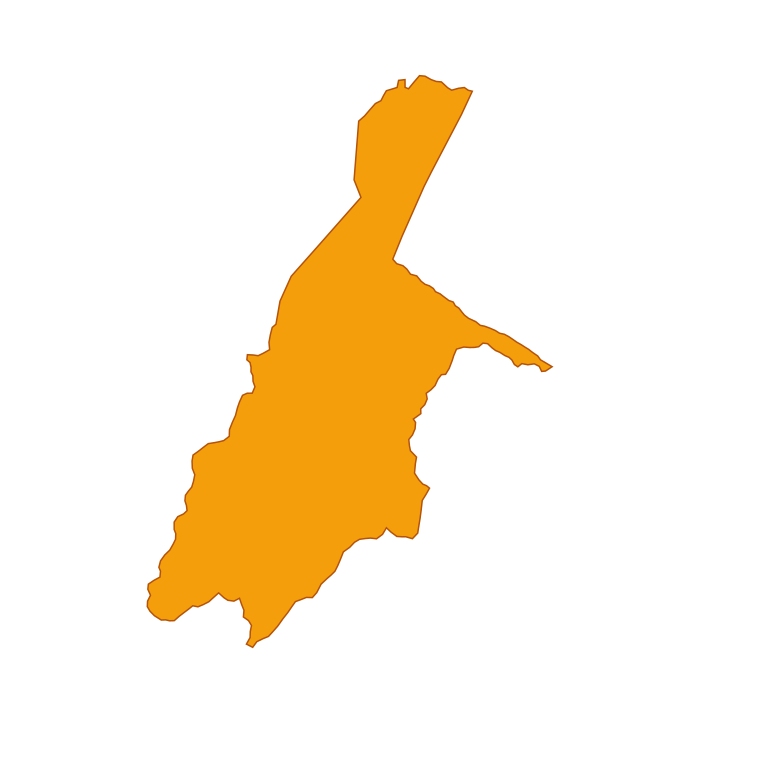 the district of São João do Rio do Peixe, Paraíba, Brazil, rotated 203°
{"feature_id": "56859067B54672156861025", "entity_name": "São João do Rio do Peixe", "entity_type": "district", "adm_level": 2, "iso_a3": "BRA", "parent_name": "Brazil", "parent_adm1": "Paraíba", "projection": "equal_earth", "projection_center": [-38.435, -6.751], "detail": "fine", "context": "isolated", "style": "filled", "palette": "amber", "viewbox_px": 768, "rotation_deg": 203, "n_neighbors": 0, "source": "geoboundaries", "source_scale": "gbopen_adm2", "svg_char_len": 3192}
<svg xmlns="http://www.w3.org/2000/svg" viewBox="0 0 768 768"><g transform="rotate(203 384 384)"><path d="M522.7,107.7L521.2,102.8L516.4,98.3L516.8,91.7L514.9,86.6L510.6,83.4L504.8,81.0L496.8,79.7L492.7,81.6L489.0,82.2L484.6,84.2L481.7,90.3L478.7,95.6L475.8,100.6L473.4,105.1L468.2,106.2L464.3,110.2L460.1,115.2L458.3,119.2L454.6,127.1L447.7,124.7L443.2,123.9L437.3,125.5L433.3,130.3L428.8,125.3L424.5,121.0L422.4,114.6L416.3,113.3L411.6,109.9L410.4,104.0L408.2,98.3L409.0,90.8L402.0,90.3L400.4,97.1L395.7,102.5L391.7,106.5L389.4,113.1L387.3,119.4L385.3,128.5L383.3,135.8L381.9,142.7L380.5,149.1L376.3,153.0L372.1,157.2L366.5,159.4L364.4,165.7L363.7,175.2L360.3,182.9L358.0,187.6L356.0,192.5L355.6,198.7L355.6,205.3L355.8,213.6L351.7,220.4L349.3,226.8L345.8,231.5L340.9,234.4L336.2,236.9L330.4,238.6L326.6,245.0L325.6,252.6L319.7,250.4L312.6,248.7L307.7,250.4L304.3,251.9L297.4,252.7L294.7,259.9L296.7,267.8L298.3,274.4L300.4,282.0L303.3,291.8L302.2,298.7L301.4,305.9L305.1,307.0L309.2,307.0L314.6,309.5L321.1,313.9L324.0,323.0L325.5,329.4L329.9,331.3L333.6,332.9L336.4,337.0L339.5,342.6L337.9,348.2L337.9,354.9L339.9,360.9L343.3,363.2L338.5,371.1L340.5,375.5L338.4,380.9L338.4,387.1L341.5,391.9L338.5,397.1L336.4,402.5L336.2,409.6L334.8,415.0L331.1,417.0L330.1,423.8L330.4,432.4L330.9,437.3L330.9,444.4L325.0,449.2L319.3,451.1L315.1,453.0L311.4,455.3L308.9,460.3L304.4,461.6L298.7,459.5L294.4,458.4L289.7,458.4L283.8,457.4L279.5,457.4L275.7,456.1L271.6,452.9L267.5,452.1L265.1,456.6L259.1,457.9L253.5,461.3L248.0,460.9L243.8,457.2L240.4,459.0L236.0,465.6L242.4,466.5L249.4,467.4L253.5,469.9L257.2,470.6L260.8,471.4L264.3,472.4L268.5,473.0L273.1,473.8L278.3,474.4L282.9,475.4L287.4,476.3L292.6,476.8L297.5,475.9L302.2,476.7L308.3,476.8L314.1,476.5L318.3,475.6L323.8,477.2L331.8,477.5L336.8,478.8L340.5,480.7L344.7,483.1L349.0,483.9L352.3,486.5L357.0,486.2L363.5,487.8L367.5,488.9L372.7,489.1L375.9,491.2L380.5,492.1L385.2,491.8L389.8,493.0L396.1,496.3L402.5,495.4L407.9,498.7L412.8,500.3L419.3,499.7L424.7,502.3L425.1,526.9L424.7,553.6L424.3,581.5L423.2,598.3L418.0,662.3L417.1,688.0L421.2,687.3L425.9,688.3L431.0,685.3L436.5,680.9L441.2,681.6L444.8,682.9L449.2,684.5L454.2,682.9L459.5,682.6L466.5,683.4L471.8,681.7L474.4,673.5L476.8,665.3L480.5,665.3L483.6,672.4L489.2,669.2L487.8,662.1L492.3,658.3L496.4,654.9L497.1,649.5L497.5,643.6L501.5,638.8L504.1,631.1L506.6,623.2L510.0,616.1L491.3,560.2L478.1,546.8L499.4,482.8L511.5,446.9L512.1,419.6L506.8,396.8L509.0,392.4L507.9,385.2L506.2,377.5L502.7,370.9L507.2,365.1L510.9,360.9L515.7,359.6L521.2,357.6L519.7,352.7L515.7,351.4L512.9,347.4L511.2,343.2L508.0,340.5L505.6,335.3L501.7,331.0L501.7,324.1L506.4,322.0L509.8,318.3L510.0,311.0L509.6,304.8L508.4,297.0L508.6,289.4L508.4,281.6L506.0,275.4L509.4,269.3L513.5,266.2L517.1,263.8L522.5,260.4L525.7,254.8L528.8,249.2L532.0,244.0L530.6,238.1L527.5,231.5L522.7,226.5L521.3,219.7L520.7,213.9L522.2,209.0L523.3,204.0L521.6,198.7L518.4,195.0L515.8,190.5L517.7,186.1L522.0,181.3L523.2,174.9L520.3,168.1L517.2,164.9L515.2,159.6L515.5,154.1L516.3,147.4L519.0,141.0L520.6,133.9L519.6,127.3L516.6,124.4L514.8,118.7L519.1,113.3L522.7,107.7Z" fill="#f59e0b" stroke="#b45309" stroke-width="1.5"/></g></svg>